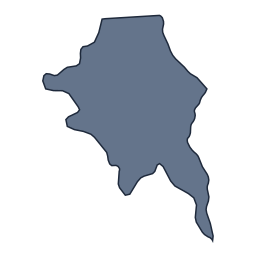 Mchinji, orthographic projection
{"feature_id": "MWI-1911", "entity_name": "Mchinji", "entity_type": "District", "adm_level": 1, "iso_a3": "MWI", "parent_name": "Malawi", "parent_adm1": "", "projection": "orthographic", "projection_center": [33.108, -13.784], "detail": "fine", "context": "isolated", "style": "filled", "palette": "slate", "viewbox_px": 256, "rotation_deg": 0, "n_neighbors": 0, "source": "natural_earth", "source_scale": "10m", "svg_char_len": 1639}
<svg xmlns="http://www.w3.org/2000/svg" viewBox="0 0 256 256"><path d="M54.3,75.6L57.4,75.1L64.0,69.4L67.3,67.3L76.3,65.9L79.5,63.7L80.6,58.0L80.4,53.4L80.9,49.4L83.0,46.7L87.5,46.0L94.4,42.2L98.8,32.6L102.1,19.1L105.4,18.7L159.5,15.4L160.8,16.1L162.3,17.7L163.5,21.4L163.6,24.0L162.5,29.2L162.7,32.3L163.9,35.5L167.9,44.0L170.5,51.1L172.7,55.3L175.7,59.0L184.4,67.2L187.8,71.3L190.3,73.7L197.0,77.7L206.9,88.9L205.3,92.5L203.7,94.6L202.8,95.6L201.4,97.6L200.3,100.1L199.5,103.0L198.8,104.2L195.5,107.9L194.9,109.1L194.4,110.2L194.4,111.7L195.0,113.6L195.2,115.5L194.7,118.4L194.0,120.1L193.2,121.5L191.7,123.5L191.1,124.7L190.7,126.6L190.4,132.9L189.8,135.0L189.1,136.6L187.5,138.5L187.2,140.2L187.5,142.4L189.9,147.2L192.1,150.1L194.3,152.3L196.0,153.7L197.7,155.6L198.6,157.3L202.4,166.8L207.2,174.3L208.3,176.9L208.8,180.0L208.3,183.3L207.5,185.3L207.2,187.0L207.3,189.3L208.9,196.9L208.4,201.0L206.5,206.6L206.1,209.6L206.7,213.1L210.3,223.5L213.1,236.0L212.6,240.6L211.9,239.3L210.1,237.7L208.0,236.8L204.5,234.5L202.4,232.2L196.3,222.1L195.3,217.5L196.5,205.0L193.8,197.8L188.3,193.5L174.9,186.0L170.7,181.0L163.1,166.5L159.6,163.6L157.2,165.0L154.8,171.4L152.6,173.6L144.1,176.1L140.7,177.9L137.4,181.7L129.8,194.2L125.3,195.2L119.6,187.8L118.3,184.0L119.2,171.3L119.6,169.9L119.5,168.5L118.1,166.4L116.1,165.4L111.7,165.6L109.7,163.9L108.2,160.0L107.7,156.2L106.7,152.4L94.5,137.3L90.9,134.2L83.4,131.4L74.4,129.6L67.3,126.4L65.9,119.6L68.5,116.8L77.5,112.5L79.6,109.8L78.2,106.8L68.9,93.6L62.5,90.7L53.5,90.6L45.7,88.9L42.8,80.9L43.9,75.7L46.2,73.7L49.7,74.0L54.3,75.6Z" fill="#64748b" stroke="#1e293b" stroke-width="1.5"/></svg>